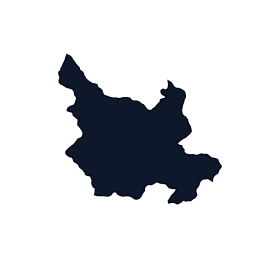 Cabo Verde, Minas Gerais, Brazil, rotated 244°
{"feature_id": "56859067B98628582870895", "entity_name": "Cabo Verde", "entity_type": "district", "adm_level": 2, "iso_a3": "BRA", "parent_name": "Brazil", "parent_adm1": "Minas Gerais", "projection": "albers", "projection_center": [-46.381, -21.483], "detail": "fine", "context": "isolated", "style": "filled", "palette": "ink", "viewbox_px": 256, "rotation_deg": 244, "n_neighbors": 0, "source": "geoboundaries", "source_scale": "gbopen_adm2", "svg_char_len": 3334}
<svg xmlns="http://www.w3.org/2000/svg" viewBox="0 0 256 256"><g transform="rotate(244 128 128)"><path d="M202.7,88.9L200.8,87.0L199.1,86.4L197.1,87.0L195.0,88.7L193.1,89.9L191.5,90.9L189.8,92.8L187.5,95.3L185.1,95.8L183.2,95.5L181.4,94.8L179.2,95.1L177.3,95.2L175.8,93.9L173.9,92.1L172.2,90.0L172.3,87.7L172.6,85.0L172.0,82.6L170.3,81.1L168.4,82.9L167.3,84.5L165.4,85.1L163.3,84.5L161.3,85.5L159.7,86.2L157.4,87.2L154.9,85.5L152.6,84.4L149.4,85.3L146.4,85.8L144.0,85.9L141.9,84.8L140.3,83.4L139.5,81.1L139.9,78.2L138.2,75.2L136.7,71.7L135.9,67.3L134.9,63.9L133.8,61.8L131.9,61.1L129.4,62.1L127.3,63.5L126.4,65.1L124.6,65.3L121.9,64.9L120.1,65.8L118.1,67.3L115.8,67.5L113.6,67.6L111.3,68.9L109.4,69.4L107.2,69.9L104.5,69.7L102.9,71.3L101.5,73.4L99.3,73.2L97.0,73.1L95.3,72.0L93.2,71.1L90.1,71.1L88.0,72.5L86.2,71.3L84.4,70.3L82.7,68.8L81.0,70.7L79.7,72.9L78.7,75.2L77.5,77.4L76.4,78.9L75.4,80.9L75.6,83.7L76.6,85.3L77.1,87.3L75.9,89.4L73.2,89.8L71.2,91.2L69.1,93.5L68.7,95.3L67.8,97.1L66.9,99.0L65.4,100.6L63.4,102.1L61.3,103.1L60.4,104.7L60.0,106.9L60.8,109.3L61.9,110.9L63.2,112.5L64.4,115.1L66.6,116.2L67.8,117.6L68.5,119.7L68.5,121.9L67.1,123.7L66.8,126.4L67.4,129.5L66.5,131.3L64.8,132.6L63.5,134.2L62.6,135.8L61.2,137.7L58.7,138.3L56.3,139.0L54.5,141.2L53.2,143.5L52.0,145.2L50.5,143.5L49.1,140.9L48.1,137.7L46.7,135.9L45.7,134.2L44.8,132.4L42.8,131.8L42.3,134.6L41.0,137.0L38.3,139.0L38.2,142.9L39.3,146.0L36.9,148.2L36.4,150.8L35.3,152.3L35.9,154.8L36.3,158.3L37.8,160.4L40.9,160.8L43.1,161.9L45.5,166.4L47.3,167.9L49.0,170.2L49.4,173.2L47.5,178.1L43.5,180.5L46.1,182.3L47.4,184.3L48.0,186.4L48.3,189.0L50.5,191.0L51.3,192.7L52.5,194.9L54.6,194.7L56.6,194.4L58.5,194.4L60.2,194.6L61.7,193.5L62.9,191.9L64.6,189.7L67.4,188.5L69.7,187.2L70.7,184.7L72.4,182.6L72.7,180.5L72.8,178.3L73.9,176.6L75.4,174.8L76.4,172.4L77.8,169.9L80.0,168.1L82.1,167.6L83.9,168.7L86.1,168.1L88.5,168.3L90.0,166.3L91.9,165.1L93.3,166.5L93.7,168.3L94.2,170.6L94.6,173.1L94.6,175.9L95.4,178.6L96.2,181.1L97.4,183.4L99.5,183.9L101.7,184.5L104.1,184.3L106.3,184.3L108.4,184.7L110.2,184.9L112.5,184.4L114.4,183.2L116.6,182.7L118.8,183.1L120.9,183.9L122.8,185.5L124.2,186.4L125.8,188.0L127.6,189.7L129.2,191.0L130.8,193.1L132.7,193.9L134.7,194.4L136.6,194.3L138.2,193.3L140.2,191.9L141.5,190.4L142.6,188.5L144.6,187.2L147.5,186.9L149.9,186.6L152.6,184.8L149.5,183.8L147.2,182.5L145.7,180.8L145.5,177.9L147.4,176.6L147.2,174.3L145.2,173.4L142.9,173.8L141.5,175.1L139.2,175.9L138.4,174.0L138.9,171.9L139.1,169.7L137.0,168.1L136.6,166.3L136.0,164.6L135.1,163.1L134.4,160.7L134.1,158.5L133.3,156.8L134.3,154.7L136.1,153.2L139.3,152.5L141.8,152.0L143.6,150.6L146.1,149.5L148.0,147.9L149.0,146.2L149.9,144.4L151.3,143.3L154.1,142.5L155.6,140.4L156.4,138.6L157.4,136.4L157.8,134.1L158.4,132.4L160.0,130.6L161.0,128.1L162.1,126.6L163.5,124.9L165.1,123.5L166.7,121.8L168.3,120.3L171.1,120.6L173.6,120.9L175.5,120.0L177.8,118.5L180.5,119.0L182.2,117.2L183.3,115.5L185.0,114.3L186.6,113.3L188.5,112.4L190.8,111.6L192.8,111.5L194.8,111.3L196.9,111.7L199.2,111.1L201.3,109.7L203.5,110.4L205.7,109.7L208.5,108.9L210.9,108.7L213.6,108.1L215.6,108.0L217.4,107.7L219.1,106.5L220.7,105.3L218.9,103.4L216.8,101.6L215.1,99.6L213.9,97.9L212.3,96.3L210.8,94.0L209.0,92.8L208.6,90.6L207.0,89.6L204.6,89.5L202.7,88.9Z" fill="#0f172a" stroke="#020617" stroke-width="1.5"/></g></svg>